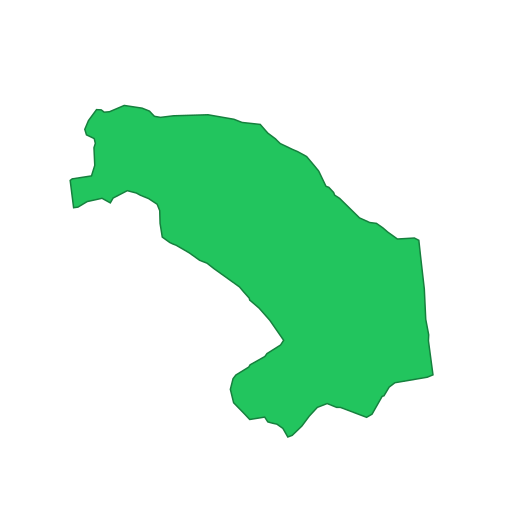 Santa Cruz Naranjo, Santa Rosa, Guatemala, rotated 343°
{"feature_id": "79465075B20602166984582", "entity_name": "Santa Cruz Naranjo", "entity_type": "district", "adm_level": 2, "iso_a3": "GTM", "parent_name": "Guatemala", "parent_adm1": "Santa Rosa", "projection": "robinson", "projection_center": [-90.385, 14.383], "detail": "fine", "context": "isolated", "style": "filled", "palette": "green", "viewbox_px": 512, "rotation_deg": 343, "n_neighbors": 0, "source": "geoboundaries", "source_scale": "gbopen_adm2", "svg_char_len": 1546}
<svg xmlns="http://www.w3.org/2000/svg" viewBox="0 0 512 512"><g transform="rotate(343 256 256)"><path d="M390.5,421.4L396.1,387.5L398.1,381.9L399.8,366.2L407.3,336.8L413.4,303.8L416.3,288.6L412.7,285.1L396.2,281.1L388.8,271.4L385.7,266.4L380.7,260.0L374.5,257.2L366.1,249.8L352.8,225.3L349.0,220.8L348.8,217.9L345.7,211.6L343.3,209.8L340.8,193.2L338.7,188.0L333.5,175.7L326.6,168.6L321.9,164.6L312.0,155.5L309.8,151.5L308.9,149.7L303.2,141.9L298.5,131.4L281.7,124.2L274.9,118.8L251.4,106.9L218.1,97.8L205.2,95.5L199.7,92.7L198.0,89.4L196.5,86.3L190.3,81.3L174.0,73.5L158.1,75.2L152.9,74.1L150.7,71.0L146.3,69.4L135.4,77.5L129.3,84.8L129.3,90.6L132.5,93.5L135.6,96.4L135.3,101.3L132.7,105.1L128.3,122.2L122.1,131.3L102.8,128.5L100.4,129.4L95.7,156.5L100.0,157.2L110.5,154.6L125.6,155.8L132.2,162.6L136.3,158.8L152.0,155.9L160.0,160.8L163.3,164.2L170.1,169.7L176.6,177.6L177.2,184.5L173.8,196.8L171.9,210.5L177.5,217.9L180.0,220.2L182.6,222.2L193.1,233.5L200.9,243.7L207.0,248.5L212.1,255.8L224.8,272.4L231.2,280.8L233.8,286.9L237.2,294.3L237.1,296.3L243.7,306.7L250.4,321.5L257.8,344.7L253.5,348.3L238.0,352.5L235.1,354.7L218.6,358.3L216.6,360.1L202.0,363.9L198.2,366.6L192.5,376.0L191.7,389.8L199.2,404.4L202.2,410.5L217.2,412.6L218.8,418.1L220.8,419.4L223.2,420.9L226.8,422.9L231.3,428.7L233.5,438.4L238.2,438.1L250.2,432.0L260.1,424.7L270.4,418.7L280.9,417.9L288.8,424.3L292.5,425.5L314.6,442.6L320.7,441.2L335.6,427.1L337.5,427.1L345.0,420.3L351.8,417.8L384.4,422.0L390.5,421.4Z" fill="#22c55e" stroke="#15803d" stroke-width="1.5"/></g></svg>